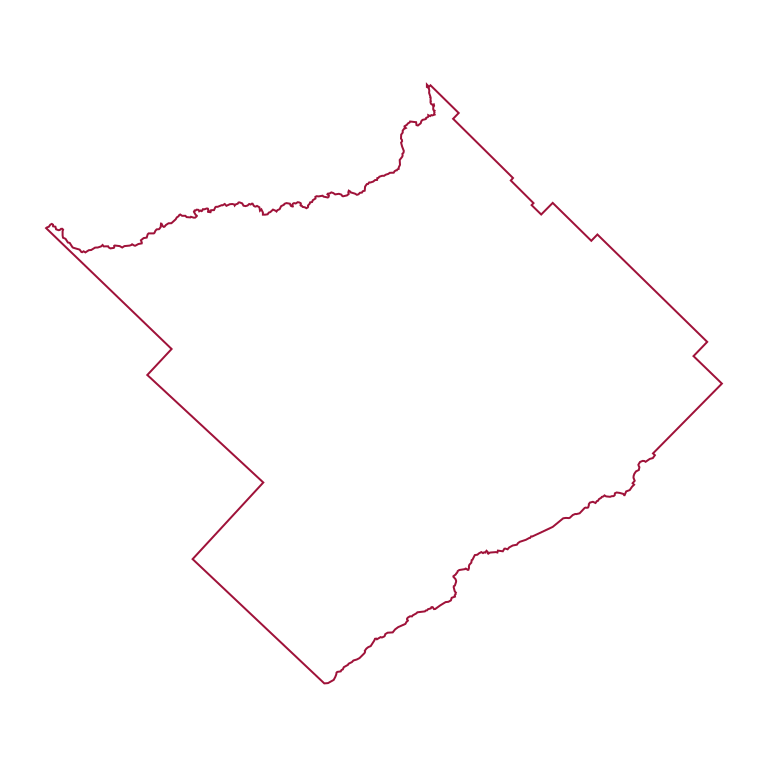 the district of Las Flores, Buenos Aires, Argentina
{"feature_id": "61730980B33948495129875", "entity_name": "Las Flores", "entity_type": "district", "adm_level": 2, "iso_a3": "ARG", "parent_name": "Argentina", "parent_adm1": "Buenos Aires", "projection": "orthographic", "projection_center": [-59.196, -36.018], "detail": "fine", "context": "isolated", "style": "outline", "palette": "rose", "viewbox_px": 768, "rotation_deg": 0, "n_neighbors": 0, "source": "geoboundaries", "source_scale": "gbopen_adm2", "svg_char_len": 6073}
<svg xmlns="http://www.w3.org/2000/svg" viewBox="0 0 768 768"><path d="M46.1,228.1L171.6,349.0L147.3,375.0L263.3,482.5L192.6,559.1L324.3,683.4L328.0,683.1L333.7,679.9L335.3,676.9L336.3,674.3L336.5,672.7L337.3,671.9L340.7,671.4L341.5,670.0L342.8,669.4L343.8,667.2L348.0,664.8L348.6,663.7L351.9,662.1L353.4,660.5L356.8,659.5L359.5,658.1L364.5,653.1L365.1,651.8L364.8,650.8L366.4,648.6L368.3,647.1L370.7,646.1L374.3,640.5L375.0,638.8L376.2,638.6L376.9,639.3L380.6,637.1L381.9,637.5L384.0,636.6L384.7,636.0L385.3,634.1L387.6,632.7L392.7,632.4L395.1,629.4L398.2,627.1L405.4,623.9L406.4,622.0L407.7,620.9L407.9,620.4L407.1,619.7L407.0,618.9L407.7,617.7L410.0,616.3L412.0,616.4L412.7,615.4L416.3,613.4L417.4,612.3L424.9,611.4L425.8,610.5L427.1,610.3L428.0,609.2L430.8,608.4L431.4,607.2L432.0,607.1L432.6,607.1L434.0,609.1L435.2,609.0L440.2,605.4L445.6,602.1L448.4,601.8L450.9,600.4L451.7,597.8L455.0,596.6L454.7,595.3L455.6,594.2L455.5,593.2L455.9,592.7L454.7,591.2L453.7,587.3L453.8,586.2L454.9,585.5L456.1,581.8L456.1,580.7L455.5,579.1L453.4,576.8L453.4,576.2L455.8,574.4L456.2,573.5L457.2,572.6L457.7,571.1L459.3,570.0L465.1,569.1L465.5,568.6L466.4,568.8L467.5,569.8L468.4,569.8L469.0,568.0L468.9,566.3L469.4,564.7L471.3,562.7L471.7,560.1L472.5,559.7L474.8,555.1L477.4,554.7L478.9,553.4L481.3,552.1L483.0,553.1L484.2,552.3L485.2,552.6L486.5,550.8L487.7,552.0L487.8,553.4L488.3,553.7L489.7,552.7L490.7,552.5L495.9,552.1L497.4,552.5L497.9,550.6L502.8,551.3L504.4,548.7L505.3,548.6L507.6,549.3L509.1,547.5L512.7,545.5L516.9,544.7L518.0,543.1L519.8,541.8L525.9,539.8L529.2,538.0L530.1,537.9L531.1,536.4L532.2,536.5L552.7,526.9L563.2,518.3L565.9,517.9L568.9,518.1L569.8,517.8L572.8,515.0L575.2,514.0L576.4,514.1L579.6,513.3L584.6,508.0L585.5,507.6L587.0,507.8L588.2,507.4L588.9,505.1L588.8,504.2L589.9,502.6L592.9,501.8L595.5,503.0L596.9,501.1L598.0,500.8L598.9,499.2L601.3,497.7L601.8,496.9L603.5,496.4L604.5,495.4L606.1,496.4L610.1,496.8L611.7,496.2L613.6,496.1L614.7,495.2L614.9,493.3L616.6,492.5L619.6,492.9L623.3,493.9L624.2,495.2L624.6,495.2L626.2,491.4L629.7,490.1L632.1,486.6L634.1,484.7L632.6,483.2L634.7,480.8L633.5,477.8L633.6,476.0L634.4,473.7L636.0,471.4L638.8,470.0L639.4,467.2L638.6,465.7L638.4,464.6L640.0,462.0L642.6,460.9L644.3,461.0L645.6,461.8L649.8,458.9L652.8,458.1L654.9,455.2L653.0,453.4L721.9,383.6L693.5,356.1L707.2,341.9L597.4,234.5L591.3,240.8L552.7,202.9L541.2,214.5L531.6,205.1L533.5,203.1L510.8,180.5L513.0,178.0L453.1,118.8L458.7,113.0L430.5,85.3L429.0,86.8L426.9,84.6L426.9,87.0L428.8,88.1L429.3,90.6L429.1,92.9L430.4,96.7L430.2,97.4L430.7,97.9L430.5,100.2L430.9,101.2L430.5,101.7L430.5,102.3L431.0,103.8L432.1,104.4L432.6,105.2L433.8,104.4L433.9,104.7L434.1,105.8L433.3,107.0L433.2,109.1L433.4,109.9L434.6,110.7L434.1,111.7L434.5,112.4L434.1,113.9L434.6,114.6L432.4,115.4L431.3,115.1L430.2,116.1L428.3,115.2L428.4,116.3L427.9,117.1L426.2,117.8L426.0,118.8L425.4,119.2L422.5,119.9L421.3,121.2L420.7,123.3L417.9,125.5L416.5,125.1L416.1,122.2L410.1,121.5L409.7,122.4L407.8,123.5L407.0,124.7L404.5,126.3L404.5,126.9L405.8,128.0L404.0,128.9L402.7,130.6L402.7,132.6L401.2,134.6L401.0,138.6L401.9,139.9L402.1,141.2L401.1,142.7L402.1,146.5L403.8,150.9L403.5,152.7L402.4,153.8L402.6,155.4L402.3,156.6L399.7,160.0L400.0,164.8L398.7,167.5L398.7,168.9L397.5,169.3L396.8,170.3L396.1,170.3L394.6,171.2L393.7,172.7L389.8,172.8L388.3,173.9L385.7,174.7L384.1,175.8L382.1,175.8L379.4,176.7L378.4,177.9L377.3,178.1L377.1,179.9L375.0,180.1L373.2,181.6L370.4,182.5L369.2,182.4L368.0,184.0L366.8,184.1L365.1,186.6L364.7,190.7L362.7,191.3L361.9,192.6L359.9,192.8L358.5,194.3L356.9,194.8L354.9,193.6L350.7,192.4L350.3,191.6L348.8,190.7L348.3,192.3L348.7,194.0L347.0,195.4L343.0,196.3L342.3,196.0L341.3,194.6L338.9,193.8L335.2,194.4L333.2,193.0L331.3,192.4L329.8,193.4L327.8,193.7L327.4,194.3L328.9,195.6L328.6,196.9L327.8,197.5L323.5,196.6L322.6,195.7L318.7,196.4L316.6,196.2L315.4,196.8L315.5,198.5L312.8,200.2L312.1,202.0L310.1,202.4L309.7,203.7L308.0,205.5L308.1,206.8L307.8,207.4L306.4,208.2L304.9,207.3L302.6,206.9L301.8,205.8L301.1,205.8L300.5,205.2L300.9,203.9L300.6,203.1L299.1,202.4L297.7,202.2L295.7,203.5L294.1,203.1L292.9,203.7L292.4,204.7L292.8,206.4L292.3,206.5L290.8,205.8L289.9,203.7L286.5,203.1L284.5,203.8L284.0,204.7L281.1,206.2L279.6,209.2L277.4,210.2L276.5,211.5L275.7,210.8L273.0,209.6L270.3,212.1L268.8,212.6L267.6,214.3L264.9,214.7L262.9,214.7L262.9,212.5L261.4,209.4L260.0,210.7L259.4,207.3L257.0,205.9L255.7,206.6L254.7,206.4L253.8,205.8L252.6,203.7L252.0,203.6L250.7,204.5L249.2,204.0L247.6,205.5L245.6,206.1L243.5,205.7L242.2,203.4L239.6,202.4L238.5,202.5L237.7,203.7L235.5,204.5L234.7,205.5L234.3,204.5L232.3,204.0L229.9,204.2L226.4,205.8L224.7,204.0L222.6,205.3L221.6,205.2L217.7,206.8L216.0,206.8L215.3,207.3L214.0,210.1L211.1,210.2L210.5,212.2L208.1,211.9L208.0,211.3L208.7,210.5L208.0,209.5L207.9,208.7L207.4,208.5L206.6,208.5L204.5,209.3L202.9,209.2L202.2,210.7L201.6,211.1L200.8,210.5L199.2,211.3L198.8,210.2L198.2,209.8L196.5,209.7L195.3,210.7L194.6,210.5L193.9,211.8L195.6,214.8L196.8,215.7L196.7,216.3L195.2,217.6L193.9,217.7L190.9,216.8L190.4,217.4L186.6,217.1L185.4,215.8L182.1,215.8L180.2,214.5L179.2,215.1L178.5,216.3L176.8,217.4L175.7,219.3L171.4,223.2L168.5,223.3L165.9,225.0L164.5,226.7L163.7,226.9L162.8,226.2L161.5,223.7L161.0,223.6L160.7,227.0L159.4,228.8L158.9,229.2L156.6,229.4L155.4,230.8L154.5,232.8L153.8,233.4L148.6,233.4L147.7,234.3L146.7,237.6L143.6,238.1L140.9,240.3L141.8,242.5L141.7,243.4L138.4,244.0L135.3,245.7L134.4,245.6L132.1,244.3L131.6,244.9L129.6,245.6L124.4,246.1L122.2,247.5L119.7,246.1L114.8,245.5L114.2,245.8L114.2,247.3L113.8,247.9L110.4,248.4L108.7,247.4L108.1,246.3L103.7,246.4L102.6,245.0L101.1,246.4L97.8,247.5L95.1,247.6L91.2,250.0L88.8,250.2L85.4,252.4L83.6,251.3L82.2,252.2L81.4,252.0L79.6,249.6L73.1,247.7L72.3,247.0L69.7,242.9L67.9,242.5L65.5,238.8L63.0,237.7L62.6,235.5L62.6,231.0L63.1,229.7L62.3,228.8L61.1,228.8L59.7,230.0L58.6,230.2L56.1,229.3L55.4,226.7L53.1,226.3L53.0,224.7L51.8,223.9L50.3,224.7L48.9,226.7L46.8,227.5L46.1,228.1Z" fill="none" stroke="#9f1239" stroke-width="2"/></svg>